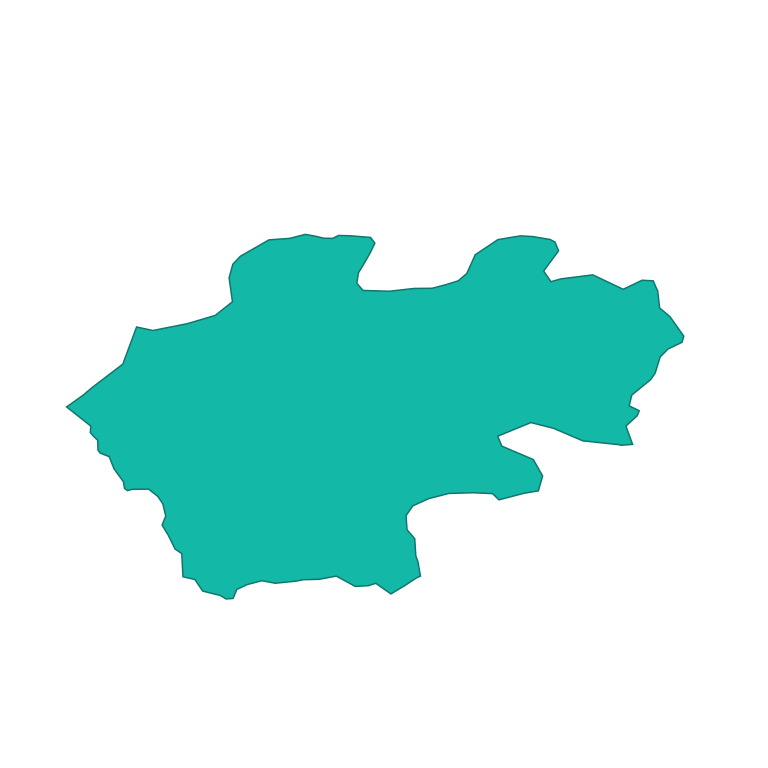 Nkam, Littoral, Cameroon (Robinson projection), rotated 59°
{"feature_id": "32672807B89475673783386", "entity_name": "Nkam", "entity_type": "district", "adm_level": 2, "iso_a3": "CMR", "parent_name": "Cameroon", "parent_adm1": "Littoral", "projection": "robinson", "projection_center": [10.192, 4.582], "detail": "fine", "context": "isolated", "style": "filled", "palette": "teal", "viewbox_px": 768, "rotation_deg": 59, "n_neighbors": 0, "source": "geoboundaries", "source_scale": "gbopen_adm2", "svg_char_len": 1802}
<svg xmlns="http://www.w3.org/2000/svg" viewBox="0 0 768 768"><g transform="rotate(59 384 384)"><path d="M563.8,202.0L551.8,199.7L544.7,198.3L541.6,183.3L538.4,179.0L529.0,185.1L521.1,177.3L517.6,153.2L514.3,145.9L503.0,133.3L500.3,122.5L501.7,107.0L497.4,102.4L473.5,104.2L460.8,108.6L445.5,101.6L434.2,100.1L428.0,109.3L426.0,130.2L398.0,148.8L385.0,178.2L382.3,188.2L369.4,189.0L359.8,165.8L350.5,164.3L345.7,167.1L344.4,168.7L334.3,180.5L327.3,190.7L318.9,212.0L320.2,239.2L331.9,256.1L333.8,267.1L333.0,270.5L330.6,280.3L326.7,293.5L317.6,309.0L307.2,331.7L293.0,353.8L283.6,355.4L275.5,348.6L271.4,340.7L264.4,328.1L258.6,319.3L251.5,320.0L239.8,336.2L233.3,346.4L232.7,353.1L228.1,360.4L221.7,367.0L215.2,374.4L210.6,389.8L201.2,408.4L200.5,441.4L203.5,451.9L213.2,462.1L235.4,471.5L238.3,493.3L230.9,521.7L219.1,554.6L207.7,566.7L232.4,597.6L236.7,636.0L238.6,647.7L240.2,667.9L245.7,665.8L251.0,663.8L269.1,657.0L274.4,660.8L279.1,659.9L284.8,658.4L293.3,663.2L297.0,662.9L304.7,657.0L317.9,659.1L333.6,657.7L339.8,660.2L343.2,658.9L344.5,654.3L352.9,639.9L363.8,635.8L372.8,635.3L384.8,639.1L390.6,646.9L402.3,646.8L418.0,648.1L425.2,644.7L440.8,653.0L445.7,655.6L454.2,646.8L468.1,646.1L480.9,633.3L486.9,630.1L490.1,623.8L484.3,616.0L485.5,604.4L489.7,590.1L493.9,585.3L498.8,579.8L507.8,560.7L510.2,553.9L511.6,551.5L518.0,540.2L524.1,523.8L542.7,512.9L548.8,501.3L550.6,493.7L567.5,486.2L567.5,469.7L566.9,455.5L567.5,451.7L560.9,449.2L554.0,446.5L547.6,445.2L532.4,437.3L520.8,439.3L508.2,432.9L504.5,424.7L503.3,422.0L505.3,404.6L511.2,384.8L523.1,363.6L533.9,347.4L542.5,345.1L549.8,320.2L555.1,306.7L544.5,295.4L525.7,294.9L498.0,315.0L487.3,313.4L492.7,278.0L509.3,261.5L535.1,242.9L557.0,213.9L558.5,212.5L563.8,202.0Z" fill="#14b8a6" stroke="#0f766e" stroke-width="1.5"/></g></svg>